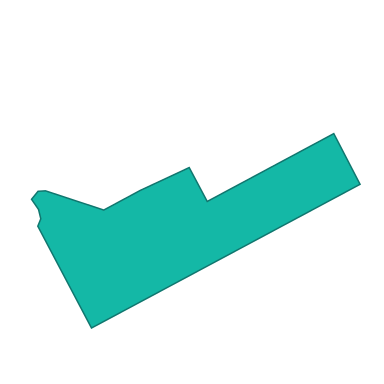 Jim Wells, Texas, United States of America (Robinson projection), rotated 242°
{"feature_id": "52423323B29014105242179", "entity_name": "Jim Wells", "entity_type": "district", "adm_level": 2, "iso_a3": "USA", "parent_name": "United States of America", "parent_adm1": "Texas", "projection": "robinson", "projection_center": [-97.972, 27.659], "detail": "fine", "context": "isolated", "style": "filled", "palette": "teal", "viewbox_px": 384, "rotation_deg": 242, "n_neighbors": 0, "source": "geoboundaries", "source_scale": "gbopen_adm2", "svg_char_len": 331}
<svg xmlns="http://www.w3.org/2000/svg" viewBox="0 0 384 384"><g transform="rotate(242 192 192)"><path d="M119.1,39.4L119.9,344.0L177.0,344.6L176.5,201.0L214.9,201.0L217.7,147.2L217.5,105.6L261.8,63.2L264.9,56.4L260.9,46.9L248.6,48.3L239.3,45.9L234.2,39.8L119.1,39.4Z" fill="#14b8a6" stroke="#0f766e" stroke-width="1.5"/></g></svg>